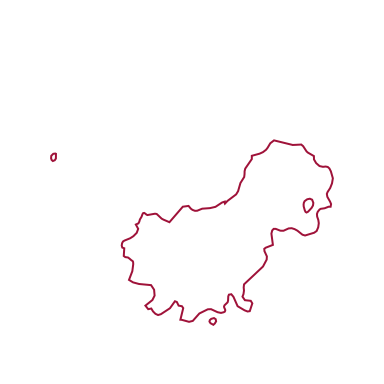 SVG path tracing the border of Palermo, rotated 315°
{"feature_id": "ITA-5410", "entity_name": "Palermo", "entity_type": "Province", "adm_level": 1, "iso_a3": "ITA", "parent_name": "Italy", "parent_adm1": "", "projection": "orthographic", "projection_center": [13.554, 38.128], "detail": "fine", "context": "isolated", "style": "outline", "palette": "rose", "viewbox_px": 384, "rotation_deg": 315, "n_neighbors": 0, "source": "natural_earth", "source_scale": "10m", "svg_char_len": 2632}
<svg xmlns="http://www.w3.org/2000/svg" viewBox="0 0 384 384"><g transform="rotate(315 192 192)"><path d="M85.3,209.6L93.8,205.8L99.5,201.4L100.9,199.8L101.2,198.8L100.9,197.6L100.7,194.9L100.4,193.0L98.8,190.9L98.5,189.0L104.3,183.9L103.4,182.0L104.4,180.2L106.3,178.8L108.2,178.2L109.9,178.6L115.6,181.0L119.3,181.8L124.0,181.8L127.9,180.0L129.3,175.3L131.9,176.3L133.8,175.7L135.7,174.6L138.9,173.8L141.2,172.7L142.5,172.4L143.4,173.0L143.7,174.4L143.8,175.8L144.2,176.8L150.5,181.2L151.5,182.6L151.7,189.4L152.3,191.4L154.7,197.4L175.1,195.9L179.7,199.4L179.4,203.0L179.7,205.0L180.8,207.4L182.4,208.9L187.4,211.0L193.3,216.1L198.1,219.1L205.9,220.7L208.3,221.9L207.6,222.5L207.1,223.5L210.8,223.4L221.5,224.9L225.2,224.0L232.6,219.9L239.5,218.3L241.8,216.5L243.9,214.5L246.2,213.1L257.6,211.0L259.9,208.7L266.9,212.7L270.4,214.0L274.2,214.5L276.7,214.2L281.8,212.9L286.5,213.5L296.5,230.0L302.8,235.7L303.0,238.2L301.7,244.3L301.8,246.1L303.6,252.8L301.3,255.2L300.2,259.4L300.5,263.8L302.4,266.8L304.5,268.5L305.7,270.3L305.8,272.5L304.8,275.6L301.3,281.9L297.1,284.9L292.5,286.9L287.8,287.9L286.0,288.7L284.3,291.1L282.8,296.5L281.8,298.9L279.6,300.4L278.2,299.0L274.3,297.3L271.1,294.9L269.8,294.6L266.9,294.9L264.8,295.9L263.1,297.9L261.6,301.0L259.6,303.7L256.3,306.2L252.6,307.7L249.6,307.2L241.2,302.7L239.9,300.3L239.2,293.9L238.3,290.8L236.9,288.1L234.6,286.1L229.3,284.1L227.1,281.8L225.1,277.2L223.7,275.8L221.5,275.9L218.7,277.6L211.8,286.6L204.7,283.5L202.9,283.3L201.4,285.1L199.4,290.5L197.0,292.6L189.5,294.9L163.5,294.1L161.1,296.0L159.0,298.5L156.2,300.6L153.7,301.7L152.9,305.9L156.6,310.5L155.9,313.4L148.6,317.1L146.8,315.8L145.5,312.8L143.5,305.0L147.2,295.4L147.5,292.1L145.5,290.7L143.9,291.4L140.7,294.3L139.1,295.2L134.9,295.1L133.7,295.6L133.1,296.4L132.3,298.6L131.6,299.4L130.5,299.8L129.3,299.4L127.0,298.0L125.1,295.1L122.6,288.3L120.2,286.1L111.3,283.1L101.4,283.7L98.1,281.7L94.4,275.2L93.5,274.1L103.7,267.9L104.1,265.6L102.2,262.9L103.5,259.1L102.7,257.2L94.2,258.6L83.6,256.4L81.0,255.0L80.0,252.3L80.0,248.9L80.8,245.6L78.2,243.9L78.7,239.4L87.6,240.4L92.3,238.8L96.1,234.3L97.2,228.9L89.5,219.6L86.4,214.2L85.3,209.6ZM260.1,288.0L265.4,287.8L268.0,287.1L270.1,285.5L271.5,282.4L270.6,280.1L268.3,278.6L265.2,278.1L263.5,278.7L262.0,279.8L260.7,281.3L258.7,284.9L258.2,286.5L258.5,287.5L260.1,288.0ZM114.0,295.2L115.9,295.3L118.4,296.7L118.8,298.7L117.6,300.5L115.1,301.1L113.2,301.0L112.3,297.9L112.7,296.0L114.0,295.2ZM118.1,66.9L120.9,66.9L122.6,68.2L122.8,68.8L119.4,72.1L117.4,72.5L115.5,71.7L115.4,70.1L116.2,68.5L118.1,66.9Z" fill="none" stroke="#9f1239" stroke-width="2"/></g></svg>